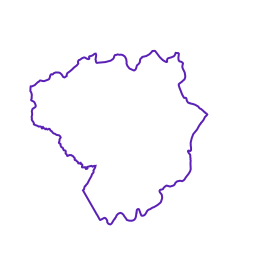 Gualán, Zacapa, Guatemala (Robinson projection), rotated 151°
{"feature_id": "79465075B90602875847956", "entity_name": "Gualán", "entity_type": "district", "adm_level": 2, "iso_a3": "GTM", "parent_name": "Guatemala", "parent_adm1": "Zacapa", "projection": "robinson", "projection_center": [-89.267, 15.151], "detail": "fine", "context": "isolated", "style": "outline", "palette": "violet", "viewbox_px": 256, "rotation_deg": 151, "n_neighbors": 0, "source": "geoboundaries", "source_scale": "gbopen_adm2", "svg_char_len": 5899}
<svg xmlns="http://www.w3.org/2000/svg" viewBox="0 0 256 256"><g transform="rotate(151 128 128)"><path d="M52.2,101.3L52.3,102.6L53.0,103.5L53.2,104.8L53.8,105.7L53.8,106.4L54.9,109.2L55.9,110.6L56.2,112.8L58.1,115.9L60.2,118.1L60.8,118.5L61.9,119.8L62.2,119.8L63.2,121.3L63.3,123.4L62.8,124.8L62.7,126.1L63.3,126.7L64.1,127.0L64.4,127.5L64.4,130.7L64.1,133.7L63.9,134.0L63.8,135.5L63.4,138.5L62.8,141.1L62.3,141.7L61.3,142.0L57.9,142.4L57.4,142.7L55.1,143.1L53.7,144.3L52.8,145.5L51.5,149.0L51.3,153.2L51.0,154.8L50.2,156.1L48.6,157.8L48.6,158.8L49.5,160.3L50.7,161.4L50.8,163.0L49.9,165.0L47.9,167.7L47.5,168.4L47.7,169.1L49.9,170.6L50.5,170.1L51.1,169.5L51.9,169.0L52.8,168.6L53.1,168.5L53.5,168.5L53.8,168.6L56.0,168.8L58.3,169.4L58.7,169.5L59.4,169.5L59.7,169.5L60.2,169.2L60.6,168.8L60.9,168.5L61.7,167.0L62.3,167.0L62.7,167.3L64.6,170.3L64.6,170.9L65.1,171.8L65.5,173.5L65.8,174.2L66.9,182.0L67.2,182.5L69.3,183.5L72.0,182.5L73.8,182.1L77.3,182.1L80.5,183.1L81.5,183.1L81.8,182.8L83.4,182.5L84.3,181.8L85.9,179.7L87.7,178.8L89.5,178.5L90.2,178.1L91.7,176.5L93.1,175.5L94.5,175.3L95.1,175.6L97.9,179.4L98.4,182.7L98.1,185.0L97.2,186.4L96.2,189.1L96.1,191.4L96.3,192.6L97.0,193.7L97.1,194.2L97.7,194.8L98.8,195.7L99.7,196.0L101.6,197.5L102.6,197.5L103.9,198.1L105.2,197.5L106.3,196.3L107.6,195.6L110.5,195.3L116.0,196.7L122.7,199.7L123.5,199.9L123.9,200.5L123.9,201.6L123.4,202.6L123.2,203.7L121.0,206.4L120.3,207.6L120.2,208.7L121.2,209.1L123.6,208.7L125.7,208.9L126.5,209.3L127.3,209.3L127.7,208.9L128.0,207.9L128.1,207.6L128.5,207.3L129.4,207.5L130.3,208.4L131.4,210.3L132.2,211.0L134.1,211.3L137.0,211.0L138.2,211.2L139.0,210.8L139.8,210.0L140.1,208.7L140.8,208.2L142.7,207.5L146.5,207.0L146.8,206.7L150.9,205.8L154.4,205.4L155.6,204.5L156.5,203.2L156.8,203.3L158.0,203.0L159.0,203.0L159.9,204.0L160.1,207.0L160.8,209.1L161.6,210.0L164.2,211.6L166.5,211.9L167.6,211.4L168.3,211.5L169.0,212.2L169.7,212.1L170.8,211.4L171.4,210.6L173.1,209.1L174.1,209.0L178.4,209.6L179.6,210.2L181.5,212.0L182.0,212.2L183.8,211.7L184.7,211.8L188.9,210.7L191.9,211.0L192.9,211.6L193.7,210.6L195.5,207.6L195.4,206.2L195.8,204.3L196.5,202.8L197.4,201.7L197.5,201.1L198.3,200.2L199.1,199.6L199.1,198.8L197.6,196.7L197.4,195.5L197.6,193.2L198.0,192.0L198.5,191.5L199.1,191.2L202.2,191.0L203.4,189.9L204.0,189.3L205.1,186.5L206.0,185.4L207.0,184.3L207.1,183.7L207.7,182.4L208.0,182.2L208.2,181.3L207.9,179.0L208.1,177.4L208.5,177.0L208.4,176.5L207.8,175.7L207.3,175.1L206.4,174.1L206.0,173.7L205.6,172.8L205.4,172.5L204.3,172.1L203.6,171.5L203.4,171.1L203.4,170.4L203.5,169.9L203.4,169.3L203.0,169.2L202.7,169.4L202.4,170.0L202.2,170.2L201.9,170.2L201.8,169.8L201.7,169.0L201.6,168.5L201.4,168.1L200.8,167.3L200.8,167.0L200.4,166.9L200.2,167.2L199.8,167.1L199.4,166.1L199.1,165.7L197.9,165.6L197.4,165.6L197.1,165.3L197.0,165.0L197.0,164.6L197.0,163.4L196.9,163.0L196.5,162.6L196.3,162.2L196.1,160.5L195.9,159.8L195.7,159.4L195.4,159.0L194.7,158.4L194.5,157.9L194.2,157.3L193.7,156.5L191.9,155.1L191.6,154.3L191.4,153.8L191.4,153.0L191.4,152.7L191.4,152.4L191.6,152.2L192.9,151.6L193.3,151.3L193.6,150.9L194.2,149.9L195.3,149.0L195.5,148.7L195.6,148.1L195.4,147.7L195.1,147.5L195.0,147.2L194.8,146.9L194.9,146.4L195.0,146.1L195.4,145.5L195.5,145.2L195.5,144.4L195.5,143.4L194.8,142.6L194.7,142.3L194.7,141.9L194.7,141.5L195.0,140.5L195.0,140.1L194.9,139.6L194.7,139.4L194.3,139.2L194.0,138.9L193.7,138.5L193.7,138.2L193.8,137.7L194.1,137.1L194.7,136.5L194.9,136.1L194.9,135.7L194.7,135.4L194.5,134.8L194.5,134.6L194.6,133.7L194.7,133.2L194.5,132.9L194.2,132.8L193.1,132.8L192.3,132.7L191.2,132.0L190.6,131.6L190.2,130.6L189.7,129.9L189.6,129.6L189.6,128.6L189.5,128.3L189.3,128.0L189.2,127.4L189.4,127.0L189.9,126.4L190.0,125.9L189.9,125.6L189.7,125.3L189.2,125.0L189.0,124.8L188.8,123.4L188.4,122.6L188.3,122.4L188.3,122.1L188.5,121.7L188.6,121.2L188.3,120.9L187.6,120.7L187.4,120.3L187.1,120.1L186.6,120.5L186.3,120.5L186.3,120.1L186.6,119.5L186.6,119.2L186.4,119.0L186.0,118.8L185.9,118.6L185.9,117.8L185.9,117.6L186.3,117.2L187.0,116.5L187.2,116.1L187.1,115.7L186.7,115.5L184.5,114.5L184.1,114.2L184.2,113.8L184.7,113.2L184.7,112.7L184.4,112.5L183.7,112.2L183.4,112.2L183.1,112.3L183.0,113.3L182.8,113.5L182.3,113.6L182.1,113.6L179.4,112.9L178.5,112.7L178.2,112.5L177.9,112.0L177.9,111.5L177.7,111.3L175.9,111.3L175.6,111.0L175.4,110.8L174.8,110.6L175.7,109.6L176.5,109.0L178.8,107.6L179.0,107.2L179.1,106.9L179.3,106.4L179.6,106.1L180.0,105.7L180.7,105.4L181.4,105.2L181.8,105.1L183.3,103.7L184.4,103.0L186.1,102.0L190.7,98.9L191.6,98.8L192.1,98.6L193.0,98.0L193.5,97.9L193.9,98.0L194.2,97.9L194.5,97.6L195.9,96.1L196.2,95.8L196.5,95.6L197.0,95.5L197.6,95.3L197.2,67.3L197.1,66.9L197.1,61.4L196.7,61.0L195.6,60.9L192.3,60.9L191.7,60.4L191.2,59.5L191.1,58.1L191.1,57.0L191.8,55.8L191.7,54.1L190.9,52.8L190.0,52.2L188.6,52.4L184.4,54.8L183.3,55.0L183.1,55.4L182.0,55.8L180.3,57.1L178.0,57.8L175.9,57.5L174.8,56.4L174.1,54.5L174.0,52.3L173.6,49.6L173.6,48.2L172.0,46.5L169.8,45.1L168.2,44.7L166.7,44.8L165.3,45.5L164.0,46.7L162.0,49.4L161.6,49.5L161.6,50.0L160.6,51.1L160.4,51.6L159.6,52.2L158.9,52.3L158.1,52.0L157.8,51.4L158.7,45.9L158.6,44.8L157.7,44.1L155.8,43.8L154.1,44.5L151.4,46.2L149.8,46.6L147.8,46.3L145.1,46.5L143.9,46.2L139.6,46.3L136.2,46.9L135.0,47.4L132.3,49.9L131.8,50.6L130.9,53.0L130.8,53.5L131.3,56.3L131.0,57.6L130.3,58.2L129.6,58.3L128.3,57.8L127.0,57.6L126.0,58.3L124.3,58.8L122.4,59.0L121.9,58.7L119.6,56.4L115.8,55.6L114.6,56.0L113.0,57.1L110.9,57.5L108.0,56.6L106.5,55.3L104.9,55.2L103.2,55.7L101.6,56.7L97.1,58.6L94.7,60.0L93.1,61.6L90.5,66.8L89.0,69.1L88.5,70.5L88.0,71.1L87.5,72.7L86.9,73.6L86.6,74.7L87.0,76.7L86.9,78.4L86.4,78.9L85.8,78.8L84.8,77.7L84.1,77.8L83.6,78.1L82.5,80.0L81.7,82.1L80.3,84.8L77.2,88.2L73.9,91.0L68.3,93.2L65.2,95.2L62.6,96.6L62.1,96.6L61.7,97.1L60.7,97.3L58.1,98.4L55.2,100.4L54.0,100.6L52.2,101.3Z" fill="none" stroke="#5b21b6" stroke-width="2"/></g></svg>